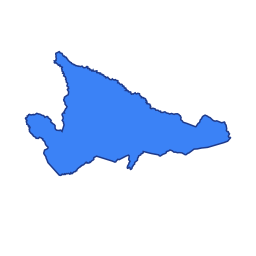 Maua, Niassa, Mozambique, rotated 192°
{"feature_id": "85939544B33000714085001", "entity_name": "Maua", "entity_type": "district", "adm_level": 2, "iso_a3": "MOZ", "parent_name": "Mozambique", "parent_adm1": "Niassa", "projection": "orthographic", "projection_center": [37.153, -13.899], "detail": "fine", "context": "isolated", "style": "filled", "palette": "blue", "viewbox_px": 256, "rotation_deg": 192, "n_neighbors": 0, "source": "geoboundaries", "source_scale": "gbopen_adm2", "svg_char_len": 5972}
<svg xmlns="http://www.w3.org/2000/svg" viewBox="0 0 256 256"><g transform="rotate(192 128 128)"><path d="M25.7,139.7L26.2,140.1L26.9,139.7L27.6,140.0L27.8,140.5L28.2,140.9L27.5,143.3L28.1,143.6L28.7,144.6L29.2,144.8L29.3,145.3L30.5,145.3L31.3,146.1L31.3,147.8L32.7,151.2L34.2,152.6L34.4,153.5L35.0,153.9L36.8,152.9L37.8,152.6L42.1,153.4L42.9,153.4L44.2,152.8L45.4,152.9L46.8,153.3L49.8,155.2L51.5,155.5L52.7,156.1L55.3,156.6L56.9,155.3L57.7,154.0L58.0,152.3L58.9,151.2L59.2,148.3L60.4,147.0L61.8,143.5L62.5,143.3L71.2,144.7L75.2,145.1L76.6,146.4L78.1,147.1L78.3,147.7L78.2,149.1L79.3,150.8L79.8,150.8L81.1,151.8L82.6,152.2L85.1,151.5L85.7,150.9L88.4,151.3L90.2,150.3L91.6,150.7L93.6,150.7L94.8,151.4L95.9,151.3L97.0,150.4L98.1,150.4L98.8,150.1L99.3,150.3L99.7,151.2L100.2,150.9L101.3,151.0L102.3,151.6L104.5,151.2L105.2,152.2L106.2,152.4L107.8,152.5L108.8,151.9L109.8,151.8L110.5,152.3L110.1,153.2L110.2,153.6L110.5,153.7L111.0,154.7L110.9,154.9L111.2,155.0L111.7,155.8L114.5,155.8L114.2,156.3L114.8,156.8L115.6,156.9L115.4,157.5L115.1,157.5L115.1,158.0L115.6,158.6L116.3,158.7L116.4,159.5L116.9,160.1L118.0,160.6L118.6,160.2L119.4,160.9L121.2,160.5L121.2,161.4L122.4,161.8L123.6,162.9L123.9,163.9L125.6,164.0L126.5,163.2L126.8,163.1L127.7,163.3L128.3,163.9L130.0,162.3L130.5,162.4L131.6,161.8L132.7,162.8L132.6,163.5L132.9,163.8L135.1,163.5L135.7,164.5L137.5,164.3L137.1,164.6L137.0,165.0L138.1,165.7L138.4,166.5L138.9,166.6L139.2,166.2L139.9,166.4L140.7,168.0L141.1,168.1L141.6,167.8L142.1,167.8L142.2,168.5L142.9,169.3L143.7,169.4L144.5,168.9L146.1,170.2L147.5,170.1L147.4,171.1L147.8,172.2L149.3,172.1L150.5,172.7L151.4,172.1L153.1,172.4L153.5,172.8L154.3,171.8L155.8,171.7L156.3,171.9L156.6,172.3L157.4,172.6L158.4,173.5L160.0,172.5L160.3,173.2L160.7,173.5L161.9,173.4L162.8,174.7L163.8,175.0L164.2,174.5L165.0,175.3L166.6,175.2L166.5,176.0L170.1,175.7L170.4,176.6L170.1,177.2L170.3,177.5L172.4,176.6L173.5,176.5L173.8,176.6L174.3,177.5L174.7,176.5L175.1,176.2L176.0,177.1L177.7,177.0L177.8,177.3L177.6,177.8L177.9,178.1L178.9,178.1L179.7,177.8L180.3,178.5L179.9,179.3L180.9,179.7L181.9,178.5L183.1,177.9L184.1,177.8L185.8,179.0L187.2,178.2L188.1,178.3L189.4,178.0L189.7,178.3L190.3,178.1L191.5,178.3L192.1,178.1L193.5,178.9L194.0,178.6L194.9,179.1L196.4,179.3L197.0,180.1L198.1,180.1L198.6,180.7L200.4,181.5L201.5,182.8L202.6,183.3L202.8,184.1L203.8,184.5L204.1,184.3L204.7,184.4L205.3,185.1L205.8,184.8L206.5,185.1L208.0,187.2L210.2,187.4L210.5,188.0L211.2,188.4L212.9,186.9L213.8,186.4L214.1,186.0L214.1,185.3L213.3,183.7L213.3,182.6L212.4,180.8L212.7,180.0L212.4,179.1L212.8,178.7L214.1,178.3L213.3,177.2L213.6,176.6L212.9,176.3L212.0,176.9L210.9,176.1L209.8,175.7L209.2,174.9L207.7,175.5L207.3,175.0L207.5,174.4L207.3,174.0L206.3,174.2L204.8,173.8L204.8,173.4L205.3,172.8L205.3,172.0L204.4,171.2L204.5,170.2L203.8,169.4L202.9,169.3L202.7,168.5L203.0,167.9L202.0,167.9L201.6,167.3L201.8,165.6L199.9,165.1L199.7,164.2L199.2,164.0L198.8,163.2L199.1,162.5L198.2,161.6L197.9,160.1L197.0,159.7L196.4,159.2L196.3,157.5L196.5,156.6L196.0,156.0L194.7,155.7L194.6,154.6L194.3,154.4L194.3,154.1L195.1,153.6L195.3,152.9L193.6,151.1L193.4,148.3L193.6,147.9L194.5,147.2L196.5,145.0L196.6,144.3L196.4,144.0L196.8,142.4L196.3,141.1L195.7,140.9L194.9,139.7L194.6,138.3L192.1,136.2L192.4,134.6L193.1,133.7L193.4,132.0L194.0,130.6L193.3,129.5L194.2,129.4L194.9,128.9L195.2,128.3L195.3,127.2L193.9,125.3L193.5,124.2L193.4,123.6L194.0,121.8L192.3,120.3L192.2,119.5L191.2,117.8L191.8,110.9L192.7,111.4L193.0,111.9L194.0,111.9L194.5,111.3L197.5,111.0L199.0,112.1L199.4,113.1L199.8,115.1L200.8,116.0L203.2,116.9L203.6,117.5L204.4,117.5L205.0,118.3L204.7,119.2L205.0,119.7L206.8,120.9L208.2,121.4L208.7,122.3L209.2,122.5L210.2,122.2L211.5,121.1L213.1,122.6L214.7,122.5L216.5,123.1L217.8,123.2L218.4,123.0L218.8,123.2L220.3,123.4L221.6,122.0L222.9,121.3L223.4,121.6L225.2,120.7L226.3,120.6L227.0,120.9L228.0,120.4L227.9,119.7L228.1,119.3L229.1,118.8L228.8,118.2L228.9,117.3L229.1,117.0L229.9,117.0L230.3,116.2L229.7,115.6L229.6,115.2L228.5,114.6L228.4,113.9L228.9,113.5L228.4,112.3L227.7,111.3L227.7,110.6L226.8,110.6L226.0,109.8L225.6,109.7L225.8,109.3L225.0,109.1L225.1,108.7L224.4,108.7L223.9,108.1L223.9,107.9L224.5,107.5L224.1,106.7L224.4,106.2L223.9,105.5L223.8,104.4L221.9,102.7L221.0,102.5L220.4,101.7L219.9,101.7L219.3,101.1L219.3,100.8L218.5,100.3L216.3,99.7L215.8,98.8L213.4,99.2L212.8,100.5L210.9,100.3L210.2,99.9L209.2,99.8L209.1,98.8L208.7,98.7L207.8,97.9L206.8,97.6L205.1,94.6L203.6,93.4L202.6,93.0L202.1,92.3L202.1,91.8L203.0,90.5L205.0,89.1L205.2,86.0L204.8,85.2L202.4,82.9L201.8,81.5L200.4,79.6L199.1,77.5L185.5,67.6L184.2,67.6L183.1,68.3L183.2,68.8L182.4,69.3L181.5,69.1L180.9,69.2L180.5,70.1L180.1,70.1L179.7,69.6L178.5,70.7L178.0,70.6L176.7,71.2L175.4,70.8L174.8,72.0L174.6,71.5L174.3,71.3L173.5,72.2L173.1,71.9L171.5,74.1L170.7,74.2L170.1,74.8L169.9,75.5L169.3,75.6L169.3,76.3L168.9,77.5L167.2,79.7L166.5,80.1L166.4,80.8L165.6,81.2L165.5,81.8L163.8,82.8L161.8,85.9L160.9,85.7L161.0,85.2L160.8,85.2L159.1,85.6L158.6,85.9L158.2,86.8L157.7,86.6L156.5,88.5L155.2,89.7L154.9,90.5L155.3,91.0L155.2,92.0L152.9,93.9L136.6,92.4L133.7,91.9L132.8,92.5L132.7,93.2L131.4,95.3L130.1,95.2L123.5,100.6L121.8,101.5L121.3,101.2L120.9,100.3L120.8,97.5L120.4,96.8L119.3,96.1L119.1,95.6L119.7,94.3L119.8,92.8L120.5,90.7L120.5,89.1L120.1,88.5L119.7,88.5L118.8,89.7L118.3,89.8L117.7,89.3L117.4,88.4L116.8,88.0L116.1,88.6L115.7,89.6L115.8,90.7L115.1,92.1L115.0,92.9L114.0,94.1L114.3,95.2L114.2,95.8L112.1,98.4L112.3,100.7L111.8,101.8L111.8,103.0L110.0,104.3L109.7,105.7L108.9,105.9L108.0,106.9L108.2,108.2L99.9,107.9L92.4,108.1L91.6,107.3L90.6,107.3L88.3,109.6L86.5,110.7L85.8,111.3L85.4,111.9L85.5,112.9L83.4,114.1L82.4,115.2L80.0,114.9L78.0,113.9L76.6,114.3L74.5,114.1L72.8,114.6L70.1,114.9L66.7,113.8L65.9,113.9L65.4,114.2L64.5,115.5L63.1,116.4L59.0,121.1L55.8,122.0L52.0,123.7L46.1,125.6L31.1,133.7L27.8,135.8L25.7,139.7Z" fill="#3b82f6" stroke="#1e3a8a" stroke-width="1.5"/></g></svg>